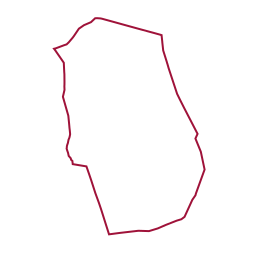 Santa María Yosoyúa, Oaxaca, Mexico, rotated 4°
{"feature_id": "50627088B36339688487360", "entity_name": "Santa María Yosoyúa", "entity_type": "district", "adm_level": 2, "iso_a3": "MEX", "parent_name": "Mexico", "parent_adm1": "Oaxaca", "projection": "mercator", "projection_center": [-97.509, 17.107], "detail": "fine", "context": "isolated", "style": "outline", "palette": "rose", "viewbox_px": 256, "rotation_deg": 4, "n_neighbors": 0, "source": "geoboundaries", "source_scale": "gbopen_adm2", "svg_char_len": 1296}
<svg xmlns="http://www.w3.org/2000/svg" viewBox="0 0 256 256"><g transform="rotate(4 128 128)"><path d="M116.5,235.4L126.8,233.3L145.5,229.8L156.1,229.4L164.7,226.1L172.6,222.0L183.1,217.0L187.6,215.3L190.6,212.7L197.2,195.1L200.0,190.4L200.3,188.7L207.3,164.1L202.3,146.6L196.0,133.8L197.8,129.0L190.0,116.2L182.8,104.4L178.2,96.7L174.6,90.5L164.4,65.6L162.8,61.2L162.7,61.0L162.6,60.8L162.1,59.4L157.7,48.2L156.2,39.9L156.2,39.7L155.0,33.0L154.3,32.9L154.2,32.8L148.3,31.6L133.1,28.6L115.2,25.0L105.4,23.0L94.4,20.8L93.0,20.6L92.2,20.6L91.5,20.6L91.4,20.6L91.1,20.6L90.0,20.6L87.6,20.8L83.7,25.0L76.9,28.5L72.4,32.1L72.2,32.2L72.1,32.3L67.7,39.9L67.5,40.2L66.7,41.5L65.1,43.7L64.8,44.1L62.9,46.7L60.9,48.9L59.6,49.4L59.4,49.5L58.4,49.9L58.2,50.0L50.3,53.6L48.7,54.1L51.0,56.8L51.1,57.0L52.4,58.6L58.7,66.5L59.4,67.4L60.5,76.7L60.8,78.8L61.4,86.3L61.6,89.5L61.6,90.7L62.0,94.4L60.9,101.4L64.7,111.9L67.6,119.9L69.0,128.1L69.6,131.9L70.1,134.5L70.7,138.2L70.5,140.0L70.2,141.8L69.5,143.8L69.1,147.1L68.5,149.3L68.3,150.5L68.3,152.2L68.2,152.8L69.1,155.1L69.9,156.9L70.8,160.0L73.0,162.2L73.5,163.7L74.8,164.7L75.4,167.9L89.2,169.2L92.5,176.9L94.9,182.6L100.0,195.3L104.2,204.7L106.3,209.7L106.6,210.4L108.9,216.2L112.8,226.1L116.5,235.4Z" fill="none" stroke="#9f1239" stroke-width="2"/></g></svg>